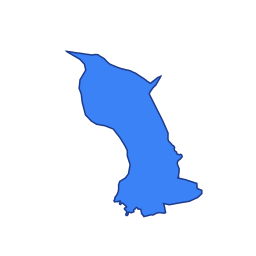 outline of Douentza, Mopti, Mali, rotated 229°
{"feature_id": "8926073B88686388091277", "entity_name": "Douentza", "entity_type": "district", "adm_level": 2, "iso_a3": "MLI", "parent_name": "Mali", "parent_adm1": "Mopti", "projection": "natural_earth1", "projection_center": [-2.566, 15.116], "detail": "fine", "context": "isolated", "style": "filled", "palette": "blue", "viewbox_px": 256, "rotation_deg": 229, "n_neighbors": 0, "source": "geoboundaries", "source_scale": "gbopen_adm2", "svg_char_len": 2436}
<svg xmlns="http://www.w3.org/2000/svg" viewBox="0 0 256 256"><g transform="rotate(229 128 128)"><path d="M87.5,150.3L91.2,150.0L93.3,150.8L95.8,153.0L97.9,154.9L110.3,158.8L139.7,166.3L140.7,168.3L141.9,172.9L142.2,177.2L145.2,186.0L145.6,186.7L145.8,185.9L146.0,184.9L146.2,184.4L146.5,184.0L146.5,183.6L146.6,182.7L146.6,181.6L146.7,180.6L146.7,179.4L146.9,177.4L146.9,176.4L147.0,174.3L150.5,173.2L154.3,172.5L158.1,171.4L161.6,170.4L164.3,169.7L166.9,168.4L169.4,167.4L171.5,166.1L173.4,164.5L174.6,163.8L177.2,161.9L180.6,159.9L185.8,157.3L187.9,156.3L190.1,155.8L191.7,155.7L194.0,155.6L195.7,155.6L198.6,154.7L200.8,153.9L202.5,153.6L203.6,153.0L204.3,152.1L205.1,151.3L205.7,150.4L206.2,149.6L206.3,149.4L206.4,148.9L209.7,146.2L211.5,144.5L215.6,141.1L219.3,137.7L219.8,137.4L220.1,137.0L220.9,136.4L221.8,135.7L222.4,135.2L223.2,134.5L223.8,134.0L224.6,133.2L225.3,132.7L226.1,132.0L226.2,131.9L225.9,131.9L211.3,136.8L204.7,137.0L199.4,134.1L195.9,123.5L190.1,117.2L184.3,115.0L177.4,110.3L165.7,104.5L157.3,104.9L151.5,106.7L144.8,112.1L137.0,116.2L125.9,115.6L116.8,114.1L111.5,112.7L107.4,109.2L99.0,105.6L93.1,98.3L92.0,93.1L93.1,86.7L91.2,83.5L88.7,81.4L86.6,79.2L85.5,77.1L84.6,74.8L84.2,72.6L83.0,71.5L82.4,69.7L81.0,69.4L80.4,70.6L79.4,71.5L78.8,72.8L78.1,74.1L77.3,74.0L76.9,72.3L76.2,71.8L75.3,72.0L75.2,73.1L75.2,74.0L74.9,74.7L70.8,75.2L69.7,75.3L69.3,75.0L69.3,74.6L69.5,74.2L69.5,73.6L69.7,72.7L69.4,72.3L68.9,72.1L68.2,72.1L67.4,72.3L66.9,72.3L66.5,72.3L65.9,72.2L64.9,71.3L64.6,70.2L64.0,69.4L63.3,69.3L62.8,69.5L62.5,70.2L62.7,71.4L64.1,72.6L63.8,73.5L63.5,73.9L63.0,74.0L62.7,74.2L62.1,74.6L61.8,75.1L61.5,75.8L61.3,76.6L60.9,77.3L61.1,77.6L61.6,77.8L61.9,78.1L62.4,78.4L62.4,78.9L62.2,79.8L62.5,81.2L62.6,82.3L61.9,82.6L60.2,82.4L59.2,83.4L58.8,84.0L58.0,84.2L56.3,83.2L54.4,82.1L52.6,82.1L50.7,81.9L49.0,85.2L47.2,88.8L46.4,89.2L45.7,90.5L45.1,93.5L43.4,96.4L40.8,98.6L40.2,99.3L39.8,99.9L39.5,100.4L39.6,101.0L40.0,101.2L40.4,101.3L43.6,103.3L47.6,105.3L43.0,108.8L38.2,116.9L32.4,126.3L29.8,135.3L30.1,140.7L32.5,142.8L37.0,140.5L41.0,143.6L51.6,137.3L57.6,132.8L58.0,133.2L58.0,134.3L58.8,134.7L61.0,137.3L63.6,139.8L68.3,141.5L69.6,142.6L70.4,144.3L70.3,147.8L70.6,148.9L70.6,149.5L71.0,150.2L72.0,150.6L72.9,150.8L73.7,150.3L74.2,149.1L76.3,147.9L78.0,148.8L80.0,148.4L81.8,148.9L82.7,150.4L83.8,150.6L84.9,150.7L86.1,150.0L87.5,150.3Z" fill="#3b82f6" stroke="#1e3a8a" stroke-width="1.5"/></g></svg>